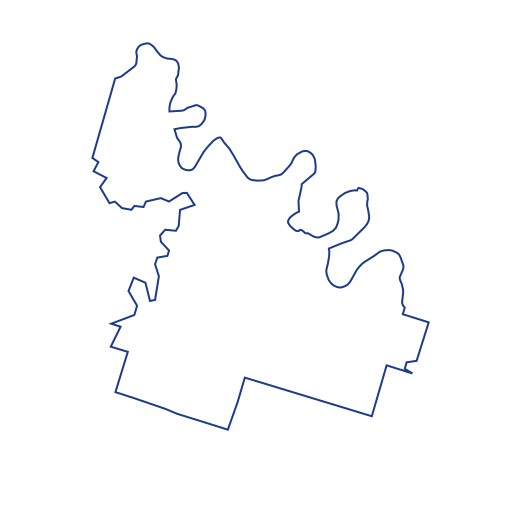 outline of Desha, Arkansas, United States of America, rotated 286°
{"feature_id": "52423323B73294334838827", "entity_name": "Desha", "entity_type": "district", "adm_level": 2, "iso_a3": "USA", "parent_name": "United States of America", "parent_adm1": "Arkansas", "projection": "orthographic", "projection_center": [-91.105, 33.818], "detail": "fine", "context": "isolated", "style": "outline", "palette": "blue", "viewbox_px": 512, "rotation_deg": 286, "n_neighbors": 0, "source": "geoboundaries", "source_scale": "gbopen_adm2", "svg_char_len": 3414}
<svg xmlns="http://www.w3.org/2000/svg" viewBox="0 0 512 512"><g transform="rotate(286 256 256)"><path d="M387.8,71.7L305.2,71.7L305.2,71.8L302.8,78.6L292.7,76.5L289.8,90.9L279.2,87.1L266.4,100.6L269.4,105.4L265.1,113.9L266.1,123.5L270.6,125.3L272.1,134.4L278.0,135.2L285.4,148.6L284.4,157.4L296.2,167.9L297.6,172.1L288.2,182.9L279.4,170.3L263.5,173.4L258.2,172.1L256.2,161.5L249.2,158.1L243.4,160.7L237.3,170.9L231.7,170.8L227.3,161.6L220.3,161.2L209.8,168.2L186.0,171.1L183.6,166.5L199.8,157.1L201.5,144.5L187.2,143.1L175.4,155.4L165.8,155.3L151.0,135.5L150.7,145.3L128.8,141.4L128.5,159.2L86.4,158.4L85.7,178.7L84.0,211.7L82.6,223.2L81.3,276.8L110.6,278.6L136.0,278.8L133.9,411.5L186.9,411.7L186.2,438.7L188.6,430.1L195.3,430.1L199.5,439.3L239.8,440.3L240.5,413.2L247.5,413.2L248.7,411.2L250.9,409.5L252.3,409.1L261.6,407.5L264.1,406.7L268.9,404.1L272.9,400.9L274.4,400.2L275.5,400.0L283.3,401.0L285.0,401.0L287.7,400.2L294.7,395.2L296.9,393.0L297.7,391.4L298.1,389.9L298.7,385.9L298.5,382.9L297.5,379.8L296.7,377.6L294.3,373.9L288.5,369.4L281.5,363.1L278.0,360.3L274.3,358.3L270.7,356.8L257.5,353.7L253.6,351.9L251.6,349.9L249.8,347.5L248.9,345.9L248.5,342.1L249.1,338.7L250.4,335.8L252.8,332.7L257.2,329.4L260.6,327.8L263.0,327.4L268.4,327.2L275.7,326.4L280.7,325.2L282.4,324.2L283.3,324.0L291.7,334.7L297.2,342.6L298.7,344.0L313.8,352.5L317.3,353.9L320.3,354.5L322.4,354.5L325.2,353.9L331.0,351.2L335.1,348.9L339.5,347.9L341.6,347.8L346.4,345.9L347.6,344.9L349.2,341.7L349.8,339.6L349.7,335.8L348.2,335.2L346.8,335.0L346.3,332.7L345.3,330.4L344.2,328.4L341.4,324.5L336.9,320.7L334.7,319.3L332.7,318.6L330.4,318.3L326.8,319.5L319.4,323.8L313.7,325.3L310.4,325.5L305.2,325.1L301.3,323.0L297.8,319.6L291.5,311.9L290.9,310.6L290.5,308.5L290.6,306.0L292.2,299.5L291.6,298.1L291.6,296.8L293.1,294.1L293.5,291.8L293.2,291.1L292.0,290.3L291.4,289.2L291.3,287.1L292.9,283.2L294.0,281.1L295.2,279.4L297.0,277.6L297.9,277.3L299.9,277.3L302.3,278.1L305.2,280.0L308.4,282.7L310.5,285.1L319.9,281.9L321.6,281.6L334.3,280.8L337.7,280.2L351.5,289.4L353.3,289.8L358.7,288.7L365.1,286.0L368.3,283.3L369.6,281.3L370.5,279.0L371.0,276.6L370.6,274.4L369.3,271.6L365.1,267.4L361.2,265.5L354.9,264.4L352.3,263.5L343.5,259.2L341.3,257.7L339.9,255.6L338.3,252.3L336.3,249.4L332.1,244.4L330.8,242.4L328.9,236.8L328.0,231.9L328.1,228.9L329.1,226.3L334.0,219.7L337.0,216.3L346.4,206.8L351.7,201.0L356.2,194.2L359.6,190.2L360.0,189.3L359.8,187.9L358.5,186.1L354.8,183.1L346.8,179.1L341.3,176.9L325.2,172.8L324.9,172.7L322.3,171.5L321.0,170.2L320.0,168.3L319.4,165.5L319.5,163.2L319.8,161.4L320.4,159.8L322.8,157.0L324.8,155.6L326.8,154.7L328.9,154.2L333.4,153.8L340.5,153.8L343.3,152.7L344.9,151.2L347.9,147.5L355.4,142.7L358.1,148.0L362.5,158.7L363.5,162.4L365.0,165.2L367.7,167.2L371.3,168.6L373.5,169.0L376.8,168.8L379.8,168.0L381.5,167.1L382.7,165.8L383.5,164.4L384.7,159.2L384.6,156.9L379.8,149.6L376.4,146.7L375.2,144.6L371.1,133.0L373.8,132.1L376.7,131.6L379.9,131.4L386.1,132.2L390.2,133.7L394.1,133.5L398.0,132.8L403.7,130.4L404.6,130.4L408.3,131.2L416.0,130.0L419.6,128.1L421.3,126.3L422.1,124.6L422.3,123.1L422.1,120.1L421.3,116.2L421.5,112.4L421.9,110.6L422.6,108.7L424.8,105.4L428.6,100.4L429.9,97.8L430.6,95.2L430.7,93.9L429.9,91.5L427.5,87.6L426.4,86.6L424.5,85.4L421.7,84.6L418.9,84.7L415.1,86.6L408.5,87.8L406.3,87.6L404.9,87.0L392.2,77.6L391.0,76.5L387.8,71.7Z" fill="none" stroke="#1e3a8a" stroke-width="2"/></g></svg>